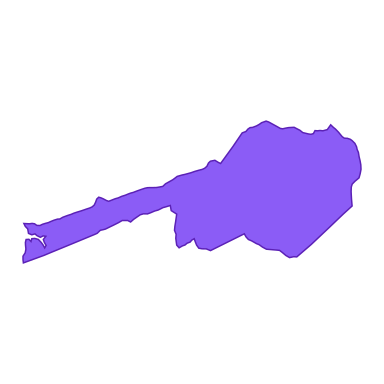 São Vicente Ferrer, Maranhão, Brazil (Natural Earth projection)
{"feature_id": "56859067B59891641299811", "entity_name": "São Vicente Ferrer", "entity_type": "district", "adm_level": 2, "iso_a3": "BRA", "parent_name": "Brazil", "parent_adm1": "Maranhão", "projection": "natural_earth1", "projection_center": [-45.015, -2.873], "detail": "fine", "context": "isolated", "style": "filled", "palette": "violet", "viewbox_px": 384, "rotation_deg": 0, "n_neighbors": 0, "source": "geoboundaries", "source_scale": "gbopen_adm2", "svg_char_len": 2688}
<svg xmlns="http://www.w3.org/2000/svg" viewBox="0 0 384 384"><path d="M330.7,124.8L327.3,129.6L322.9,130.8L320.0,130.5L317.5,130.8L315.0,130.6L313.4,133.6L311.0,134.3L308.7,134.0L302.8,132.6L299.8,130.2L297.2,128.9L294.1,127.3L288.6,127.6L285.3,128.2L282.7,128.8L280.3,128.4L277.1,126.6L274.0,124.9L268.7,122.0L266.1,121.1L261.6,122.7L259.2,124.4L256.5,125.9L252.6,127.4L250.1,127.6L248.0,129.0L245.9,131.5L242.2,132.9L232.8,146.7L220.6,163.5L218.3,162.4L214.9,160.3L210.4,161.2L208.5,163.0L206.9,166.3L204.6,168.3L202.2,169.4L199.0,170.2L194.8,171.4L190.8,172.8L187.1,173.8L184.9,174.4L182.1,175.0L177.2,176.4L175.0,178.1L172.7,179.8L170.0,181.3L165.5,183.8L162.8,186.4L159.6,187.0L156.6,187.5L153.0,187.6L149.9,187.6L147.5,187.7L145.0,188.2L141.1,189.5L136.6,191.1L133.3,192.4L130.6,193.1L128.2,194.0L125.3,195.2L121.8,196.3L118.2,197.9L115.3,198.7L111.7,200.1L108.7,201.3L106.4,200.5L103.4,198.9L100.9,197.8L98.7,197.2L96.7,199.1L95.6,202.2L94.2,205.1L92.1,206.9L89.7,208.0L87.2,208.8L81.4,210.8L76.5,212.3L73.8,213.2L71.0,214.4L68.1,215.3L65.6,216.2L62.7,217.3L59.8,219.0L57.5,219.1L54.0,220.2L50.5,221.6L48.4,222.6L45.3,223.4L42.4,224.3L40.0,225.5L36.8,225.4L34.6,223.8L32.1,223.4L29.3,223.8L23.9,223.5L25.3,226.4L27.7,228.9L28.5,233.4L31.8,234.8L35.0,233.9L36.9,235.6L40.4,237.3L43.1,235.9L45.8,236.3L43.3,239.5L44.4,242.5L46.1,245.4L44.7,247.9L43.1,245.0L41.1,242.3L38.3,239.4L34.7,238.4L31.8,238.7L31.0,241.5L28.9,239.3L26.1,239.5L25.4,242.4L25.5,245.1L25.9,249.1L25.2,252.8L23.0,256.2L23.0,259.7L23.4,262.9L44.2,255.3L51.1,252.4L71.8,243.9L94.5,234.5L97.2,233.3L100.3,230.3L103.1,229.7L105.4,229.1L110.9,226.4L113.0,225.4L118.4,222.7L122.2,220.5L127.7,220.5L130.6,222.0L133.7,219.3L137.0,217.0L140.2,214.8L143.5,213.8L147.5,213.9L150.5,212.8L154.7,211.0L158.0,210.1L160.5,208.9L163.0,207.6L165.3,207.0L170.3,205.5L171.2,210.6L176.7,214.1L175.6,221.9L174.9,226.2L174.5,230.3L176.1,234.3L175.8,238.3L176.2,241.5L176.7,245.1L179.1,247.8L182.4,245.9L185.0,245.0L187.1,243.2L190.1,242.1L191.8,240.1L194.2,238.7L195.2,241.6L196.6,245.1L198.8,248.2L202.0,248.8L206.3,248.9L210.5,250.6L244.3,233.8L246.1,237.0L248.4,239.5L251.5,240.8L254.0,242.2L256.4,243.6L259.0,244.6L262.5,247.1L266.4,249.2L273.4,249.8L277.1,250.1L279.6,250.4L282.2,252.4L285.9,255.5L289.6,257.6L293.7,256.7L296.8,256.9L311.2,244.5L329.2,227.5L343.2,214.1L352.1,206.0L351.5,199.0L351.1,191.6L351.3,187.0L352.2,184.1L354.9,181.3L359.0,177.9L360.2,173.6L361.0,169.3L360.8,164.8L360.1,160.9L359.1,156.7L358.4,152.4L357.1,149.4L356.6,146.9L354.9,143.4L352.2,140.7L350.3,139.3L347.3,138.3L344.4,138.2L342.2,136.7L338.5,132.2L335.4,129.0L333.4,127.4L330.7,124.8Z" fill="#8b5cf6" stroke="#5b21b6" stroke-width="1.5"/></svg>